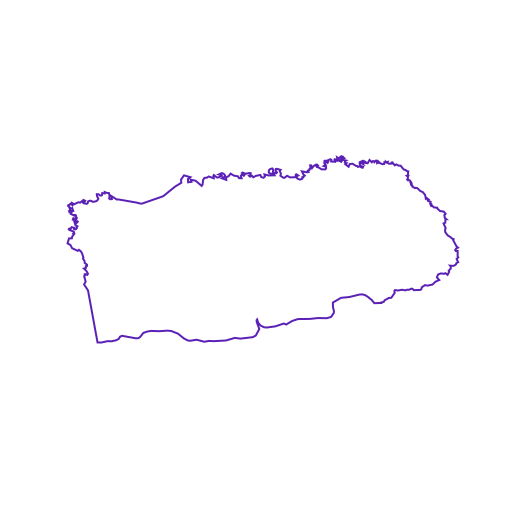 the district of Cémaco, Emberá, Panama, rotated 108°
{"feature_id": "35544464B97787935745550", "entity_name": "Cémaco", "entity_type": "district", "adm_level": 2, "iso_a3": "PAN", "parent_name": "Panama", "parent_adm1": "Emberá", "projection": "equal_earth", "projection_center": [-77.717, 8.422], "detail": "fine", "context": "isolated", "style": "outline", "palette": "violet", "viewbox_px": 512, "rotation_deg": 108, "n_neighbors": 0, "source": "geoboundaries", "source_scale": "gbopen_adm2", "svg_char_len": 6109}
<svg xmlns="http://www.w3.org/2000/svg" viewBox="0 0 512 512"><g transform="rotate(108 256 256)"><path d="M211.4,67.4L210.6,68.2L207.7,66.9L205.7,67.6L205.2,68.4L204.5,65.5L203.5,64.1L202.0,63.2L200.8,63.2L199.4,61.8L196.8,64.3L194.8,63.2L194.1,64.1L188.9,65.8L189.5,67.5L188.8,68.4L187.0,67.9L185.6,66.5L185.0,68.1L182.3,71.0L179.8,73.5L178.9,73.3L178.9,74.6L177.8,77.3L177.2,80.0L174.9,83.3L172.7,84.3L170.9,84.2L167.1,87.7L165.9,86.3L162.5,87.2L162.2,86.3L161.4,88.2L158.9,89.5L157.3,88.7L155.7,91.2L156.4,94.8L154.7,98.4L154.1,98.6L154.8,101.9L153.7,104.0L154.3,104.8L153.1,105.9L152.7,105.6L153.0,105.2L152.4,105.3L152.2,106.6L150.6,106.6L150.3,108.2L150.6,109.2L149.6,110.1L148.9,109.4L148.1,111.5L149.0,112.2L145.7,114.0L143.7,117.1L143.4,119.9L141.6,123.5L141.8,125.3L142.3,125.8L141.7,128.8L140.8,129.0L140.4,130.5L139.9,130.8L139.7,130.3L138.6,131.5L138.3,130.9L136.7,132.7L137.0,135.2L136.6,135.7L136.0,135.1L135.7,135.7L133.8,135.8L133.1,137.4L132.2,136.1L131.7,136.7L128.5,137.3L128.6,139.0L127.9,140.4L128.1,142.2L125.4,146.4L126.0,148.1L125.5,150.8L126.9,152.0L124.8,155.3L125.2,155.9L126.2,155.5L127.1,157.9L126.8,160.0L125.8,159.9L126.5,161.1L126.2,161.8L126.9,161.6L127.1,162.9L128.8,162.5L129.5,163.7L129.4,168.6L130.3,169.5L128.6,170.2L128.3,168.9L127.8,169.9L128.3,171.6L130.2,172.4L129.4,173.4L129.7,174.3L131.1,174.8L129.6,177.7L133.3,178.5L133.9,182.0L133.2,183.0L132.5,182.1L132.3,183.6L133.6,185.1L135.4,182.8L135.2,184.5L134.1,185.2L134.7,186.3L136.2,186.0L138.0,184.6L138.0,181.7L139.1,181.8L139.2,183.0L138.7,185.2L139.8,186.6L139.1,187.6L139.4,188.7L138.4,192.7L139.6,195.3L142.5,195.5L141.2,199.3L139.7,198.6L139.9,200.0L139.4,200.6L138.2,200.6L137.4,199.9L137.7,203.4L140.1,204.1L139.8,205.6L136.7,205.1L135.6,202.5L134.7,204.1L134.7,205.7L137.6,207.7L137.1,209.4L138.3,208.7L139.0,206.9L140.0,207.4L140.4,208.1L139.5,210.1L139.7,211.1L140.2,211.1L140.8,209.8L141.9,209.7L142.9,213.7L141.2,214.1L141.0,215.2L143.1,217.6L143.8,216.4L145.2,216.7L143.9,219.4L144.3,220.2L146.4,219.8L146.5,218.7L147.6,218.8L148.0,217.8L149.5,219.3L149.5,217.0L150.8,216.4L152.2,216.8L153.3,220.4L152.4,224.2L152.6,225.5L152.0,226.2L150.8,225.1L150.2,226.3L150.6,227.3L152.7,229.0L154.9,229.8L152.8,231.5L153.0,232.5L156.1,231.2L156.9,232.1L157.8,231.8L158.8,233.1L159.9,232.0L160.6,233.2L161.3,238.5L163.5,236.4L164.5,234.5L165.6,235.5L166.4,235.3L166.8,236.3L168.1,235.8L169.4,237.2L169.8,238.1L169.5,240.7L168.7,241.7L167.4,241.7L166.4,240.7L165.8,242.8L166.2,243.3L168.8,242.7L170.7,247.8L170.1,251.2L172.9,253.2L173.1,254.3L172.1,257.6L169.9,257.8L167.7,259.8L166.5,259.3L166.6,263.0L167.1,264.0L168.5,263.9L170.0,261.9L171.0,262.3L171.2,265.7L168.4,266.4L167.7,267.6L169.0,269.5L170.5,270.2L172.8,269.6L173.1,267.9L172.7,264.0L173.5,263.2L175.5,268.8L175.8,273.2L177.7,272.1L179.3,273.1L179.3,275.3L177.6,276.9L179.9,281.0L182.0,282.9L180.9,284.6L182.4,286.2L181.8,287.5L180.6,286.3L178.9,286.6L179.0,287.7L181.0,291.3L180.8,294.6L181.3,294.9L181.6,292.9L182.5,292.0L183.5,292.4L182.8,294.4L183.9,295.0L184.5,295.2L186.5,293.7L187.2,296.2L185.8,297.8L186.4,301.9L185.5,305.6L188.5,306.7L190.4,308.7L192.8,307.8L192.6,312.4L190.4,310.2L188.9,310.3L187.7,312.3L187.8,314.3L189.9,316.5L189.7,313.9L190.3,313.2L193.1,316.4L193.4,317.5L192.0,321.1L192.8,321.3L195.1,320.2L195.0,325.6L196.6,326.8L197.6,329.1L200.0,329.8L204.5,328.9L206.1,329.3L203.1,336.7L203.6,341.7L205.4,340.3L206.9,343.3L203.9,344.5L201.3,342.8L201.6,349.4L206.4,350.9L209.5,349.7L215.0,354.4L227.8,362.7L241.4,380.6L241.9,382.3L242.1,386.1L244.7,404.2L245.3,405.9L243.7,412.0L246.4,410.7L247.1,412.1L246.7,413.4L244.3,413.8L241.6,415.3L242.1,417.3L241.9,419.7L243.3,419.3L243.7,421.7L245.7,421.3L246.4,421.9L246.6,423.0L245.9,425.0L246.4,426.5L248.1,425.8L250.2,423.6L252.2,424.1L253.5,425.2L254.9,427.8L254.5,430.3L255.1,431.6L256.1,432.6L257.8,432.4L258.7,433.1L259.1,436.4L257.9,437.8L257.3,435.9L256.3,435.5L256.0,437.4L259.5,439.6L259.8,441.5L263.0,445.0L262.5,446.9L263.4,446.6L263.5,445.9L264.3,446.1L263.8,446.6L264.0,447.2L263.2,447.9L264.1,448.1L263.9,448.8L265.6,449.6L265.7,450.2L266.5,450.2L268.0,446.7L267.2,445.6L269.6,443.8L270.3,445.7L269.8,447.0L270.6,446.5L271.1,447.6L271.9,447.0L271.1,446.3L270.8,444.8L273.2,445.2L273.7,441.6L273.1,441.4L272.8,440.2L273.5,439.5L274.1,439.7L275.2,438.1L276.3,438.3L276.5,441.4L278.0,441.5L278.1,438.7L278.7,438.4L278.1,436.7L278.4,436.1L280.1,436.9L279.9,437.6L279.1,437.5L279.7,439.2L282.4,437.3L282.9,435.1L284.1,435.7L284.7,435.0L285.9,435.4L286.5,436.2L286.6,437.3L285.4,437.8L285.6,440.3L287.1,440.6L287.6,442.0L288.4,442.4L288.9,441.5L289.1,436.9L290.2,436.2L291.0,436.7L291.2,435.7L294.2,436.8L296.1,436.6L297.1,439.3L302.3,439.1L302.8,436.0L305.4,433.3L306.2,427.1L304.8,426.3L305.8,423.9L307.2,422.3L310.7,419.7L312.0,419.7L313.8,417.5L315.6,416.7L316.4,414.1L317.7,413.7L318.2,414.7L319.9,414.1L321.1,415.8L322.6,412.7L324.9,410.3L326.1,410.7L326.0,412.9L326.3,413.3L327.5,412.7L328.3,413.2L333.0,410.1L336.2,410.7L340.7,405.1L387.2,380.0L386.1,376.4L382.8,370.7L381.7,366.9L379.3,362.9L377.2,360.9L374.8,360.4L373.3,358.8L371.4,344.7L370.5,342.5L368.9,341.2L364.0,339.4L361.6,336.3L359.7,332.7L357.4,324.7L354.4,317.3L353.5,313.4L354.0,306.1L356.6,299.3L357.4,295.0L357.0,292.5L354.0,286.6L353.5,278.6L351.3,274.5L350.0,269.7L345.6,258.4L340.4,250.8L339.4,245.3L334.2,234.0L331.7,231.6L324.4,230.3L318.7,234.8L316.9,235.6L316.0,235.3L318.8,233.3L320.8,230.0L321.3,226.2L320.6,223.4L316.9,215.8L311.7,208.8L311.8,206.1L306.5,201.4L303.0,196.6L299.3,185.6L295.9,178.0L293.3,169.5L290.8,165.8L286.2,164.4L284.4,164.8L280.7,167.1L276.5,168.5L269.5,162.2L266.2,154.6L260.6,145.5L259.6,142.8L259.5,140.1L260.3,136.9L262.2,132.1L264.3,128.9L262.0,122.4L261.6,122.6L260.1,120.3L258.5,120.0L254.9,116.8L253.9,114.4L248.2,112.7L246.4,113.6L245.4,113.2L244.9,110.2L243.0,106.8L242.5,103.3L241.4,102.0L240.9,100.1L239.0,98.1L238.9,97.1L239.7,95.2L237.4,89.1L236.5,88.5L234.6,88.7L231.5,86.3L231.2,83.8L228.6,79.3L225.0,77.4L222.2,74.3L220.4,77.4L217.3,77.1L215.5,74.9L214.8,71.7L213.8,70.5L214.7,68.0L211.4,67.4Z" fill="none" stroke="#5b21b6" stroke-width="2"/></g></svg>